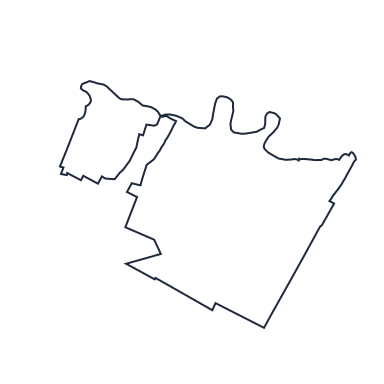 Dranic, Dolj, Romania, rotated 291°
{"feature_id": "2599482B41865085519880", "entity_name": "Dranic", "entity_type": "district", "adm_level": 2, "iso_a3": "ROU", "parent_name": "Romania", "parent_adm1": "Dolj", "projection": "orthographic", "projection_center": [23.87, 44.068], "detail": "fine", "context": "isolated", "style": "outline", "palette": "slate", "viewbox_px": 384, "rotation_deg": 291, "n_neighbors": 0, "source": "geoboundaries", "source_scale": "gbopen_adm2", "svg_char_len": 4021}
<svg xmlns="http://www.w3.org/2000/svg" viewBox="0 0 384 384"><g transform="rotate(291 192 192)"><path d="M286.3,325.6L286.3,325.8L286.1,325.9L285.8,325.9L285.5,325.9L285.0,325.8L282.4,325.5L282.5,325.0L282.5,324.6L282.7,324.2L282.7,323.8L282.6,323.0L282.5,322.6L282.4,321.8L282.3,321.4L282.0,320.9L281.8,320.6L281.6,320.4L281.2,320.2L280.5,319.8L280.1,319.5L279.7,319.2L279.4,319.1L278.8,318.9L277.5,318.5L276.5,318.3L275.7,318.1L274.8,318.0L274.8,317.7L274.8,317.3L274.8,316.8L274.8,316.4L274.8,316.0L274.6,315.5L274.5,315.0L274.4,314.6L274.2,314.3L273.9,313.7L273.6,313.2L273.1,312.8L272.8,312.3L272.5,311.8L272.1,311.2L271.6,310.6L271.5,310.3L271.6,310.1L271.6,309.6L271.6,309.3L271.5,309.0L271.4,308.6L271.3,308.1L271.3,307.3L271.2,306.2L271.0,305.2L270.7,304.2L270.3,303.1L270.0,302.7L269.6,302.4L269.2,302.2L268.7,301.8L268.3,301.5L268.2,301.4L268.1,301.1L268.0,300.9L268.0,300.5L267.5,299.4L267.0,298.2L266.6,297.3L266.4,296.6L266.0,295.9L265.7,294.8L265.3,293.3L265.2,292.9L265.3,292.6L265.1,292.1L264.9,291.4L264.5,290.2L264.1,288.6L263.8,287.3L262.8,284.2L262.0,282.4L261.1,281.0L261.5,280.2L259.6,280.2L260.1,278.9L259.5,275.8L257.6,272.4L255.6,267.9L255.1,265.0L254.3,261.0L254.8,257.2L256.2,248.9L257.4,246.1L258.5,243.9L260.7,242.5L263.6,242.3L267.3,242.9L271.4,243.8L276.6,246.4L282.6,248.5L286.4,248.7L292.3,247.7L294.6,243.0L295.1,240.7L294.4,235.6L292.0,233.9L288.9,233.5L286.7,234.1L282.0,235.9L277.7,236.4L274.3,233.2L271.5,230.9L266.1,221.8L264.2,217.8L262.6,209.6L264.4,206.0L269.6,203.4L273.6,202.7L279.3,202.0L282.7,201.5L285.3,200.1L290.1,198.3L291.7,196.3L292.5,194.0L293.0,190.8L292.4,186.6L291.2,183.7L288.1,181.8L282.9,181.9L273.7,183.5L267.1,184.9L261.3,184.6L256.1,181.5L253.9,174.1L253.8,170.4L255.6,160.7L257.3,156.4L257.5,150.0L256.4,143.4L254.7,139.3L252.5,136.8L252.1,134.8L254.4,131.8L255.9,128.5L256.6,123.2L255.9,118.6L255.1,115.4L255.1,114.9L255.9,112.5L257.0,109.6L257.2,107.0L257.7,104.9L257.0,102.2L255.3,98.7L253.5,93.7L253.3,91.9L253.5,91.0L254.0,89.3L257.0,81.9L258.7,77.7L260.1,74.4L260.6,70.6L259.5,65.0L259.3,60.5L258.8,56.5L257.3,55.0L256.0,53.6L254.6,52.0L253.7,51.1L253.0,50.7L252.0,50.7L250.8,50.6L250.3,50.7L249.8,50.9L248.9,51.1L248.5,52.0L248.0,53.5L247.8,54.9L247.7,56.2L247.5,57.7L246.6,59.6L245.6,61.2L244.8,62.3L243.5,63.3L241.3,64.9L240.3,65.0L238.6,64.9L237.3,64.5L236.2,64.0L234.6,62.8L234.1,62.1L231.1,63.1L229.2,63.5L228.1,63.8L226.7,63.8L225.3,63.9L223.8,63.7L222.5,63.2L221.4,62.5L220.7,62.0L219.9,61.1L219.4,60.1L218.5,60.1L185.2,59.9L170.5,59.6L168.5,59.6L168.4,60.0L168.8,63.2L161.8,63.3L163.0,69.1L165.0,68.7L163.2,84.1L168.2,84.7L167.5,89.8L167.5,90.0L166.1,101.2L174.3,102.3L173.5,106.2L176.2,115.2L176.4,115.3L184.5,117.8L186.7,119.1L189.1,120.0L198.5,122.6L212.2,123.9L212.9,124.2L224.0,122.4L225.0,122.4L225.7,122.4L227.0,122.0L227.4,126.0L238.6,125.3L240.4,133.1L242.7,135.2L251.3,135.4L251.6,137.5L253.9,140.6L253.3,143.7L252.7,147.7L252.5,151.7L249.4,151.5L248.4,151.1L243.4,150.7L238.6,150.2L233.2,149.4L230.3,148.5L228.6,148.7L226.6,148.4L223.0,147.5L218.3,146.9L215.9,146.0L215.0,146.1L213.1,145.6L208.8,144.7L205.9,142.9L201.2,140.0L192.9,140.4L185.2,140.9L179.9,141.5L179.7,141.4L178.6,132.6L168.7,131.3L167.6,142.5L135.2,142.4L133.9,173.8L123.0,185.1L101.4,156.2L97.1,188.5L98.7,188.7L93.9,220.5L88.9,253.3L96.7,253.8L93.8,281.2L91.0,307.9L105.7,309.9L131.9,313.7L143.6,315.4L171.1,319.3L179.9,320.5L186.8,321.4L193.1,322.3L200.9,323.3L205.5,324.0L206.1,324.2L206.4,324.4L206.7,324.6L206.9,324.9L207.3,325.1L209.6,325.5L212.2,325.8L216.1,326.5L220.0,327.0L232.1,328.8L232.3,328.0L232.5,326.4L232.7,324.3L232.8,323.6L233.1,323.7L234.8,324.2L236.6,324.5L238.1,324.7L240.4,325.4L243.9,326.4L247.5,327.5L252.6,328.8L258.8,329.8L259.2,329.9L261.1,330.2L263.7,330.4L267.2,331.0L271.0,331.5L272.5,331.7L275.3,332.1L278.2,332.3L279.2,332.7L279.9,333.0L280.5,333.2L280.7,333.4L281.0,333.4L281.4,333.3L282.7,332.4L283.7,331.6L284.9,330.1L286.2,328.2L286.3,327.5L286.2,326.6L286.3,325.6Z" fill="none" stroke="#1e293b" stroke-width="2"/></g></svg>